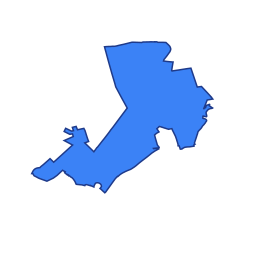 Chitila, Ilfov, Romania (Robinson projection), rotated 34°
{"feature_id": "2599482B54423717923033", "entity_name": "Chitila", "entity_type": "district", "adm_level": 2, "iso_a3": "ROU", "parent_name": "Romania", "parent_adm1": "Ilfov", "projection": "robinson", "projection_center": [25.98, 44.492], "detail": "fine", "context": "isolated", "style": "filled", "palette": "blue", "viewbox_px": 256, "rotation_deg": 34, "n_neighbors": 0, "source": "geoboundaries", "source_scale": "gbopen_adm2", "svg_char_len": 5038}
<svg xmlns="http://www.w3.org/2000/svg" viewBox="0 0 256 256"><g transform="rotate(34 128 128)"><path d="M63.1,73.8L65.7,76.1L67.4,77.5L69.9,79.7L74.9,84.0L84.2,91.9L92.0,98.3L94.9,100.8L105.5,106.4L116.2,111.9L115.8,119.8L115.4,128.2L115.1,135.1L114.9,138.0L114.8,138.8L114.7,142.4L114.5,145.9L114.2,150.4L114.0,152.5L113.6,158.3L113.4,161.2L113.2,161.5L113.0,166.8L100.5,164.5L102.9,161.2L100.9,159.8L98.7,158.1L93.7,154.1L91.6,153.0L87.1,157.7L84.1,155.7L81.5,158.6L84.3,160.7L83.0,162.1L76.5,163.1L77.0,166.6L83.2,165.8L85.3,163.9L87.4,165.7L82.1,174.1L91.6,173.1L85.5,197.9L80.5,197.0L80.0,199.1L78.3,205.6L77.5,208.2L77.2,209.3L77.2,210.0L75.1,211.9L74.5,212.7L74.1,213.3L73.7,214.1L73.4,215.3L73.3,216.4L73.4,217.2L73.5,218.4L73.7,219.6L74.6,219.0L75.0,219.3L76.9,220.1L79.2,219.8L81.5,219.6L82.7,219.4L85.1,218.8L88.6,217.9L90.3,217.5L90.6,217.3L94.1,211.3L95.6,207.2L95.7,206.9L97.4,199.6L97.7,199.6L98.2,199.6L98.5,199.6L100.5,199.4L100.5,199.9L100.5,200.5L101.7,200.6L103.3,200.8L103.8,200.8L103.8,200.4L104.7,200.3L104.8,200.7L105.7,200.8L105.7,200.4L106.4,200.4L107.2,200.5L107.6,200.6L108.4,200.6L108.7,200.6L109.3,200.5L110.8,200.8L111.4,201.0L112.2,201.3L112.9,201.6L113.9,202.0L114.3,202.3L114.9,202.5L115.4,203.0L116.0,203.3L116.2,203.5L116.6,203.6L117.2,203.3L118.0,202.9L121.3,201.1L121.6,200.9L123.1,200.4L123.7,200.2L124.0,200.1L124.3,200.0L124.5,199.8L124.2,199.3L124.5,198.7L125.5,198.0L129.3,196.8L129.2,196.6L132.7,196.0L132.6,195.8L132.5,195.6L132.2,194.6L132.0,193.5L132.0,192.6L131.9,192.2L132.1,191.7L132.7,190.9L133.7,190.2L135.0,189.8L136.5,189.8L137.7,190.3L138.4,191.0L138.6,191.1L138.7,191.9L138.7,193.0L138.6,193.8L140.2,193.9L142.2,194.3L144.0,194.5L144.3,194.6L145.0,194.7L145.3,193.7L145.5,186.5L145.6,182.9L145.8,177.3L146.3,174.0L146.7,174.0L147.4,171.3L148.1,169.5L148.9,167.8L149.5,166.8L149.6,166.6L150.2,165.5L151.4,163.6L153.3,160.8L154.0,159.3L154.7,157.6L155.0,156.9L155.7,154.9L156.2,153.1L156.9,150.6L158.0,147.2L160.0,141.3L161.7,135.7L163.1,132.2L164.2,130.0L165.0,128.4L164.3,128.4L164.2,128.6L164.0,128.8L163.9,128.8L163.5,128.8L163.3,128.8L162.8,129.2L162.0,129.8L160.7,130.8L160.5,130.7L163.9,127.8L165.3,126.5L165.1,126.6L164.8,126.6L164.0,126.4L162.2,125.8L161.5,125.4L160.7,124.7L156.5,121.2L154.0,119.0L154.1,118.8L154.1,118.7L154.0,118.4L154.1,118.1L154.3,117.7L154.4,117.2L154.5,116.8L154.8,116.1L155.0,115.6L155.3,115.1L155.7,114.3L155.9,113.9L155.7,113.8L155.3,113.7L155.0,113.6L154.6,113.4L154.3,113.3L153.9,113.1L153.7,113.0L152.3,112.5L152.3,112.4L152.4,112.1L152.5,111.7L152.7,111.1L152.9,110.1L152.9,109.9L153.1,109.4L153.1,109.2L153.5,109.1L154.2,108.8L155.0,108.5L155.4,108.4L155.7,108.4L155.8,108.3L157.2,107.9L158.0,107.7L158.7,107.5L159.1,107.3L159.3,107.3L160.3,107.0L161.0,106.8L161.9,106.5L162.0,106.4L162.3,106.4L162.6,106.1L162.9,105.8L164.7,104.0L165.3,104.4L165.5,104.6L165.8,104.7L165.8,104.8L168.3,106.2L171.4,108.0L171.5,108.0L172.5,108.7L174.1,109.9L174.6,110.3L174.9,110.5L175.3,110.9L175.7,111.2L176.3,111.7L176.6,111.9L177.0,112.2L177.3,112.5L177.8,112.9L178.4,113.4L178.5,113.5L179.1,114.2L179.2,114.4L179.3,114.6L179.5,114.8L180.4,114.2L183.2,116.3L184.0,115.6L184.4,115.4L184.6,114.8L184.6,114.7L184.8,114.3L184.9,114.0L185.0,113.8L185.2,113.5L185.3,113.3L185.5,112.8L185.7,112.5L186.0,112.1L187.8,110.5L189.8,109.0L192.5,106.5L192.9,106.1L192.6,105.7L192.4,105.6L192.1,105.3L192.4,104.0L192.5,103.9L191.9,103.7L191.5,103.3L191.3,102.7L190.5,99.8L189.9,97.6L189.4,96.0L188.8,93.8L188.5,93.0L188.3,92.5L188.1,91.6L188.2,91.2L188.3,90.1L188.5,89.1L188.7,87.9L188.8,87.0L188.8,86.1L188.7,85.4L188.7,84.9L188.7,84.5L188.8,84.1L188.9,83.6L189.0,83.1L189.0,82.7L189.1,82.4L189.1,82.0L189.1,81.6L189.2,81.1L189.2,80.5L189.2,80.0L189.1,79.7L189.1,79.4L189.2,78.6L189.2,78.3L189.1,78.1L189.0,77.8L188.8,77.6L188.6,77.5L188.3,77.4L187.9,77.3L187.4,77.3L187.2,77.3L186.8,77.4L186.3,77.5L185.6,77.7L184.9,77.9L184.9,78.0L184.6,78.0L184.6,77.9L184.4,77.7L183.9,77.1L183.5,76.3L183.7,76.1L183.9,75.9L184.6,75.7L185.5,75.3L186.3,75.0L186.7,74.8L186.7,74.7L186.7,74.2L186.3,73.7L186.0,73.4L185.8,73.2L185.3,72.8L185.1,72.8L184.5,72.0L184.1,71.5L183.9,71.1L183.9,70.9L183.9,70.5L183.9,70.0L184.0,69.3L184.2,67.8L184.7,66.9L185.0,66.4L185.5,65.8L186.5,64.9L186.6,64.7L186.8,64.5L186.9,64.4L187.0,64.1L183.0,64.1L182.6,62.9L182.4,62.8L182.2,62.9L182.0,63.2L181.4,64.1L180.6,65.0L180.4,66.6L180.5,66.7L180.9,67.5L180.9,67.8L180.2,68.7L180.1,70.2L178.0,60.5L182.1,56.6L179.4,55.8L179.5,55.7L165.7,52.5L162.5,55.3L146.7,43.2L144.2,45.4L138.5,50.7L138.1,51.1L132.6,56.1L132.4,56.1L132.1,56.0L130.5,52.6L129.5,50.4L128.6,48.4L128.5,48.1L124.5,50.3L122.8,51.2L120.0,52.6L119.5,51.1L119.6,50.4L119.9,47.0L120.0,43.4L120.1,41.4L119.9,40.4L119.6,39.2L119.0,38.3L118.0,37.5L117.0,36.9L114.9,36.4L111.6,35.9L109.0,37.5L104.8,40.3L103.8,40.4L102.2,41.4L102.3,41.5L98.4,44.0L98.1,44.3L92.3,48.4L91.5,49.5L85.4,53.3L83.3,54.7L77.7,60.9L75.6,63.1L74.1,64.7L72.6,66.4L71.4,67.6L69.1,69.2L68.0,70.1L65.2,72.1L63.1,73.8Z" fill="#3b82f6" stroke="#1e3a8a" stroke-width="1.5"/></g></svg>